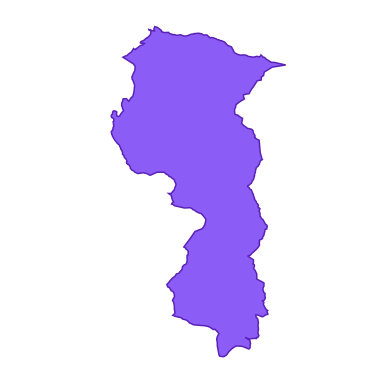 outline of Scarisoara, Alba, Romania, rotated 186°
{"feature_id": "2599482B60585043995143", "entity_name": "Scarisoara", "entity_type": "district", "adm_level": 2, "iso_a3": "ROU", "parent_name": "Romania", "parent_adm1": "Alba", "projection": "equal_earth", "projection_center": [22.873, 46.485], "detail": "fine", "context": "isolated", "style": "filled", "palette": "violet", "viewbox_px": 384, "rotation_deg": 186, "n_neighbors": 0, "source": "geoboundaries", "source_scale": "gbopen_adm2", "svg_char_len": 6058}
<svg xmlns="http://www.w3.org/2000/svg" viewBox="0 0 384 384"><g transform="rotate(186 192 192)"><path d="M246.3,352.6L247.0,350.0L246.1,348.3L249.8,348.3L249.9,348.9L250.8,349.0L251.2,348.7L251.9,349.0L251.8,348.6L249.7,348.1L249.8,347.5L249.5,346.8L249.6,345.6L250.1,343.6L252.1,341.2L253.9,339.9L255.3,338.2L256.9,337.0L257.9,336.7L258.6,336.1L258.9,334.8L257.6,334.6L256.0,334.9L254.9,334.7L256.5,333.2L258.8,332.1L260.8,330.1L262.8,328.5L262.8,327.8L263.0,327.7L264.4,328.0L265.1,328.6L265.4,328.2L265.7,327.1L266.8,325.1L269.6,322.6L270.6,321.3L271.4,320.6L272.3,320.4L274.8,318.8L263.7,313.3L261.8,311.1L261.6,310.3L261.5,306.9L262.8,303.5L263.3,301.5L263.8,300.4L263.3,297.9L262.5,297.0L260.9,293.8L260.2,292.1L260.2,285.3L260.9,281.0L262.6,279.1L264.4,275.6L266.9,277.9L270.1,277.5L270.4,277.1L270.3,275.9L271.1,273.1L271.1,270.9L269.3,266.9L268.8,266.4L268.7,265.6L271.0,262.2L272.0,259.9L272.9,259.5L273.9,259.4L274.5,259.6L275.3,262.0L275.1,263.6L275.6,264.1L277.9,264.6L278.8,264.2L279.2,263.5L279.3,261.1L280.2,260.2L280.2,258.6L279.5,257.6L278.2,257.2L277.4,256.3L277.2,255.3L277.3,254.3L277.8,253.7L277.2,251.6L277.2,250.8L276.6,249.6L277.1,248.3L277.0,248.0L277.2,247.6L277.3,245.8L278.6,243.4L278.2,242.0L276.8,239.0L274.4,235.8L271.3,232.5L269.3,231.2L268.4,229.4L267.6,228.5L267.5,227.4L266.2,226.2L265.3,224.0L265.0,222.2L263.8,221.5L262.7,219.0L261.7,218.6L260.0,216.3L260.3,215.2L260.0,213.8L259.3,213.4L259.0,212.8L258.1,212.9L257.6,212.5L257.3,211.9L255.9,210.3L255.8,209.1L253.7,207.3L252.6,207.1L250.7,205.6L247.6,204.7L242.8,206.0L238.7,205.6L236.0,204.4L235.0,204.4L228.9,208.0L221.9,208.8L219.3,206.9L218.1,206.8L216.3,205.0L215.1,205.0L213.1,203.5L211.3,202.7L208.9,198.4L208.7,197.1L209.5,194.6L210.1,191.7L210.8,191.2L212.1,189.0L213.2,188.2L215.1,188.1L213.9,187.3L212.4,186.8L212.1,186.1L212.1,185.4L211.8,185.1L211.5,183.9L210.3,181.4L209.2,180.2L210.4,179.2L211.1,177.9L209.6,177.5L207.8,176.5L197.8,175.3L192.2,176.2L190.1,175.4L189.3,174.6L187.9,174.3L185.8,173.0L183.1,172.0L180.4,171.4L178.0,169.2L175.3,166.3L175.4,163.9L175.9,160.8L177.8,156.8L184.9,153.0L187.9,147.4L194.4,136.4L192.3,135.5L192.1,134.7L190.7,134.0L189.4,132.4L189.6,131.1L189.3,130.7L189.4,128.9L190.1,128.7L190.3,128.2L189.7,123.0L189.8,121.4L190.3,119.7L192.3,118.6L193.7,116.7L193.8,113.9L195.8,111.3L196.6,109.8L199.0,108.8L200.1,106.4L202.5,104.3L205.2,100.6L205.1,100.2L207.4,97.4L206.7,96.0L205.9,94.8L204.6,94.7L202.3,91.6L201.0,91.1L199.9,90.4L198.9,88.3L198.5,85.6L199.1,84.7L200.1,82.1L198.8,80.5L197.9,78.0L197.3,74.2L197.3,73.3L196.8,72.1L196.3,69.9L197.0,68.6L198.2,67.3L195.2,66.5L190.1,65.9L189.4,65.7L188.1,64.7L184.5,64.1L182.7,63.2L180.9,61.5L178.9,61.0L177.5,60.3L176.2,60.1L164.8,60.3L161.6,59.9L159.6,59.2L156.6,57.5L155.7,57.5L154.9,57.9L154.4,57.6L150.5,54.2L151.9,50.1L152.0,47.8L151.1,44.7L150.7,41.4L148.3,33.4L147.7,32.1L147.3,31.7L144.0,31.4L142.9,31.8L141.3,32.9L140.4,33.8L139.0,36.5L137.4,38.7L135.2,41.0L132.6,43.2L130.8,43.6L126.5,43.8L123.3,43.1L119.3,41.8L118.5,42.3L117.9,43.3L118.2,45.7L117.9,47.1L118.8,50.3L124.0,53.0L121.1,52.1L119.5,51.9L114.3,53.0L112.9,52.9L112.6,54.0L111.6,54.0L110.8,55.3L110.5,56.1L111.8,58.9L111.5,62.4L112.5,66.8L112.2,68.5L113.4,72.8L115.1,74.1L115.7,76.4L113.3,76.5L110.1,75.4L108.7,75.3L108.1,75.6L105.8,77.6L103.8,78.2L103.8,78.7L104.9,80.8L104.3,82.0L106.1,83.1L107.9,85.5L109.1,87.4L109.2,88.8L109.0,89.1L109.0,89.8L110.6,91.1L110.5,91.3L109.2,91.6L108.8,92.0L108.2,93.5L108.1,94.9L108.7,96.4L108.7,98.8L110.1,99.5L110.7,101.3L111.4,102.4L111.2,104.2L110.6,106.1L111.0,109.2L118.4,112.1L119.1,117.4L121.0,120.6L122.7,122.3L122.1,125.0L122.6,126.4L123.5,126.4L123.7,127.2L123.5,128.3L123.7,129.7L123.7,130.9L129.6,134.0L129.6,134.3L127.3,135.4L125.4,138.1L124.6,138.7L122.4,141.3L120.3,144.1L119.3,146.3L119.5,147.2L119.8,147.9L119.6,148.5L119.9,149.2L119.6,150.0L120.1,150.8L119.6,151.5L117.9,152.2L117.0,153.2L117.0,154.8L116.2,155.9L115.8,157.9L115.9,158.9L115.4,159.9L115.6,162.1L115.3,162.5L113.8,163.0L113.6,166.0L114.2,166.9L115.7,167.9L118.6,172.0L120.2,173.0L121.4,174.9L121.9,175.1L122.1,177.9L123.3,180.3L123.0,180.7L122.7,182.6L123.4,183.2L124.1,183.1L124.9,184.3L124.5,185.6L125.0,186.5L126.7,187.9L127.2,189.3L129.1,191.3L129.1,192.3L130.2,194.2L130.6,195.5L133.0,199.8L133.4,200.4L134.8,200.9L135.2,201.8L136.3,202.8L137.2,203.2L137.2,204.1L135.3,205.3L134.8,206.2L133.9,206.9L133.3,208.9L132.3,210.7L131.9,212.3L131.7,214.3L131.4,214.6L131.7,215.7L131.1,218.0L131.0,220.5L130.7,222.5L129.6,224.2L128.7,224.9L128.6,225.7L128.0,226.4L127.6,228.9L126.8,230.8L125.9,231.2L125.4,231.8L125.9,232.2L128.3,238.4L130.6,250.5L133.8,251.6L134.7,252.6L135.5,252.7L135.2,253.9L135.4,255.0L136.0,255.5L137.2,257.4L137.6,258.4L137.7,259.5L139.4,260.7L143.5,261.1L144.9,262.1L147.7,263.5L148.9,264.7L149.9,265.4L149.7,266.6L149.4,270.5L152.3,271.8L154.6,273.3L156.3,273.4L157.6,274.0L158.2,277.5L158.1,279.2L157.5,281.0L157.4,283.4L154.2,286.6L149.6,290.1L150.7,292.1L151.0,294.0L147.4,295.3L145.8,295.6L145.4,295.9L144.7,298.0L143.2,301.1L142.4,302.2L138.8,309.3L137.3,310.0L135.4,310.4L134.8,310.7L134.9,312.2L135.2,313.4L133.0,315.3L132.7,318.8L125.2,324.6L112.1,328.1L123.6,329.5L126.7,329.3L132.4,332.0L132.8,332.6L134.3,333.5L135.4,333.6L137.7,335.5L137.8,335.1L138.7,333.7L139.7,333.3L140.6,333.6L141.7,333.7L145.1,332.5L150.6,332.8L151.5,333.4L153.3,333.8L156.3,333.6L157.0,333.2L159.9,333.4L161.7,333.9L164.4,335.0L167.7,340.2L168.1,340.5L171.7,341.5L173.2,342.5L173.6,343.2L174.4,343.7L174.8,344.4L178.6,345.6L179.1,345.3L181.7,346.3L182.6,346.1L184.2,346.9L186.7,347.5L188.6,347.7L189.5,347.2L189.9,347.2L190.7,347.6L190.8,347.9L191.2,347.8L193.3,349.6L194.7,349.7L196.7,349.3L198.9,350.3L202.0,350.6L204.0,350.2L206.1,349.8L208.0,349.1L209.2,348.9L212.8,347.0L214.9,346.4L216.6,346.3L219.6,347.1L220.8,347.0L222.2,346.4L224.0,346.2L225.8,346.8L227.8,346.3L228.2,346.4L228.5,346.9L230.0,347.0L231.1,347.4L231.9,348.3L236.1,347.7L239.1,348.2L239.2,349.4L242.4,351.4L244.3,352.3L245.3,352.3L246.3,352.6Z" fill="#8b5cf6" stroke="#5b21b6" stroke-width="1.5"/></g></svg>